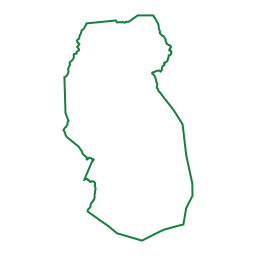 the district of Guata, Olancho, Honduras
{"feature_id": "27666195B45988200529008", "entity_name": "Guata", "entity_type": "district", "adm_level": 2, "iso_a3": "HND", "parent_name": "Honduras", "parent_adm1": "Olancho", "projection": "natural_earth1", "projection_center": [-86.397, 15.161], "detail": "fine", "context": "isolated", "style": "outline", "palette": "green", "viewbox_px": 256, "rotation_deg": 0, "n_neighbors": 0, "source": "geoboundaries", "source_scale": "gbopen_adm2", "svg_char_len": 5342}
<svg xmlns="http://www.w3.org/2000/svg" viewBox="0 0 256 256"><path d="M64.4,77.2L65.5,113.0L68.5,121.0L68.1,121.3L67.8,121.7L67.8,121.9L67.6,122.5L67.5,123.5L67.5,124.0L67.3,124.7L66.9,125.2L66.6,125.8L66.3,126.3L66.0,126.9L65.8,127.2L65.2,127.6L64.8,127.9L63.5,130.1L63.7,130.3L63.9,130.6L64.2,131.2L64.5,131.8L65.1,133.1L65.4,134.5L65.7,135.2L66.1,135.9L66.5,136.5L67.1,137.3L78.1,146.2L79.3,147.5L80.6,149.7L80.9,150.0L81.3,150.6L81.6,151.0L81.8,151.2L82.3,152.4L82.6,153.7L83.0,154.3L83.3,154.6L84.7,155.5L85.0,155.9L86.1,156.8L86.3,157.1L86.7,157.4L87.0,157.8L87.1,158.0L86.9,158.5L86.7,158.8L86.6,159.1L86.6,159.3L86.8,159.5L87.0,159.5L87.5,159.3L88.0,158.8L88.6,158.4L89.1,157.7L89.3,157.6L89.5,157.6L90.2,158.0L90.9,158.1L91.9,159.0L92.2,159.1L92.4,159.2L92.8,159.2L93.4,159.1L93.5,159.2L93.6,159.4L93.6,159.7L93.5,159.9L93.3,160.3L93.1,160.7L92.7,161.0L92.2,161.1L84.3,179.8L84.6,179.8L84.7,179.7L85.1,179.5L85.4,179.2L85.8,179.0L87.0,179.1L87.4,179.0L87.8,179.9L88.1,180.0L88.5,180.0L88.8,180.1L88.9,180.3L89.0,180.6L89.2,181.0L90.0,181.4L90.1,181.5L90.2,181.8L90.4,181.9L90.5,182.0L90.8,181.9L91.3,181.4L92.2,181.2L92.5,181.4L92.9,181.5L93.1,181.5L93.4,181.5L93.6,181.5L94.0,181.7L94.8,182.5L95.0,182.9L95.1,183.5L95.1,184.1L94.9,184.8L95.0,185.2L95.0,185.6L94.9,185.9L94.8,186.1L94.8,186.4L95.0,186.9L95.5,188.0L95.5,188.4L95.5,188.9L95.5,189.5L95.2,190.4L95.1,190.8L95.1,191.4L95.2,192.2L95.2,192.5L95.1,192.9L95.0,193.3L94.7,193.5L94.6,194.9L94.5,195.4L94.5,195.8L94.5,196.1L94.7,197.1L94.7,197.5L94.1,198.9L94.1,199.3L94.0,199.8L93.6,200.0L93.2,200.4L93.1,200.5L93.0,201.0L92.8,201.5L92.6,201.7L92.1,202.0L91.9,202.2L90.9,203.9L90.7,204.8L90.5,205.2L90.4,205.5L90.4,205.8L90.4,206.3L90.4,206.7L90.3,207.1L90.2,207.3L90.1,207.5L89.6,207.9L88.9,208.8L88.7,209.0L88.2,209.3L87.9,209.7L87.8,210.0L87.7,210.7L87.6,211.3L87.7,211.6L108.6,226.3L117.0,233.3L142.0,240.6L156.3,233.3L163.8,229.7L183.4,224.4L186.2,208.1L192.5,195.7L192.3,183.5L186.2,155.1L182.6,124.3L173.7,110.2L160.7,93.5L160.6,93.1L160.5,92.9L160.3,92.7L159.8,92.4L159.1,91.6L158.9,91.5L158.7,91.3L158.5,91.1L158.4,90.9L158.3,90.5L158.3,90.0L157.8,88.8L157.6,88.5L157.3,88.3L157.0,88.0L156.9,87.8L156.8,87.3L156.8,86.9L156.8,86.5L157.1,85.4L157.2,85.0L157.3,84.3L157.3,83.8L156.9,82.9L156.5,82.2L156.3,81.8L156.2,81.3L156.0,80.1L155.9,79.6L155.7,78.8L155.4,78.1L154.9,76.5L154.6,76.1L154.4,75.6L154.1,75.2L152.9,74.1L152.7,73.9L152.3,73.8L152.3,73.7L152.2,73.5L152.2,73.3L152.3,73.0L152.3,72.5L152.4,72.4L153.6,72.2L154.5,71.9L155.4,71.5L156.0,71.1L156.5,70.9L158.3,70.7L158.9,70.6L159.4,70.6L159.6,70.7L159.8,70.8L160.0,71.0L160.3,71.4L160.5,71.6L160.9,71.4L161.3,70.9L161.9,69.6L161.9,69.2L161.9,68.2L161.9,67.8L162.1,67.4L162.5,66.8L162.6,66.6L162.7,66.0L162.9,65.8L164.1,65.3L164.3,65.2L164.4,64.7L164.4,64.2L164.1,63.0L164.1,62.8L164.2,62.7L164.4,62.7L164.8,62.6L165.3,62.7L165.6,62.6L165.8,62.3L166.3,62.0L166.7,61.7L167.1,61.2L167.5,60.7L167.7,60.4L167.8,60.1L167.8,59.8L167.7,59.2L167.9,58.6L168.3,57.9L168.5,57.4L168.5,56.9L168.6,56.4L168.7,55.4L168.8,55.4L169.5,55.3L169.8,55.3L170.1,55.1L170.6,54.7L170.8,54.4L171.0,53.8L171.4,53.0L171.4,52.7L171.3,52.4L171.3,51.4L171.0,51.3L170.7,51.0L170.6,50.8L170.6,50.6L170.4,50.4L169.9,50.5L169.5,50.6L169.4,50.5L169.4,50.4L169.3,50.1L169.3,49.6L169.4,49.3L169.6,49.1L170.2,48.6L170.3,48.3L170.3,47.9L170.4,47.5L170.5,47.4L170.8,47.3L171.0,47.1L171.0,46.8L170.2,45.5L169.9,45.4L169.1,45.2L168.5,45.0L168.1,44.7L167.8,44.3L167.4,44.1L167.0,43.9L166.8,43.8L166.7,43.6L166.3,42.2L166.0,41.7L165.8,41.5L165.7,41.4L165.6,41.0L165.7,39.9L165.6,39.6L165.5,39.3L164.8,38.3L164.0,36.6L163.9,36.5L163.6,36.3L163.1,36.2L162.8,36.1L162.3,35.8L161.9,35.3L161.5,34.8L161.2,34.6L160.8,34.3L160.1,33.3L159.7,32.9L160.0,32.0L160.0,31.6L159.6,30.4L159.3,29.8L158.8,28.3L158.7,27.6L158.7,26.2L158.4,24.9L158.0,23.5L157.7,23.0L157.3,22.4L156.7,21.5L156.5,20.9L155.6,19.2L155.3,18.6L155.1,18.3L154.7,17.5L154.6,17.4L153.9,17.0L153.8,16.9L153.6,16.0L153.5,15.7L153.4,15.5L153.1,15.4L137.7,15.4L128.7,21.8L127.5,21.7L127.0,21.7L126.6,21.8L125.8,22.0L125.4,22.1L124.9,22.5L124.7,22.7L124.4,22.7L124.1,22.6L123.0,22.0L122.6,22.0L122.4,22.0L121.5,22.4L121.1,22.4L120.6,22.3L120.3,22.1L119.8,22.1L119.1,22.3L118.1,22.4L117.2,22.4L116.8,22.2L116.5,22.0L116.4,21.7L116.1,20.8L115.9,20.6L115.6,20.6L115.4,20.5L86.5,23.4L86.4,23.9L86.2,24.4L85.9,25.1L85.2,26.0L84.6,27.3L84.3,27.9L84.1,28.3L83.7,28.8L83.0,29.5L82.5,29.9L82.0,30.1L81.7,30.5L81.5,31.0L80.6,34.0L80.3,34.6L79.9,34.9L79.8,35.1L79.6,36.2L79.4,37.0L79.2,37.8L78.9,38.7L78.7,39.0L77.5,39.6L77.2,40.1L77.0,40.7L76.9,40.8L77.0,41.0L77.3,41.4L77.6,42.6L78.3,43.2L78.7,43.3L78.9,43.5L79.1,43.8L79.3,44.1L79.3,44.5L79.1,44.8L78.7,45.3L77.4,46.5L77.2,46.7L77.1,46.9L77.1,47.0L77.3,47.3L78.1,48.1L78.8,49.0L79.1,49.6L79.1,49.9L79.0,50.2L78.9,50.4L78.7,50.6L77.5,51.3L76.9,51.7L76.7,52.0L76.6,52.5L76.6,53.3L76.4,53.6L75.8,53.8L75.0,53.9L74.1,54.0L73.9,54.1L73.7,54.5L73.7,55.0L73.7,55.6L73.8,56.5L73.8,57.2L73.7,57.8L73.4,58.6L73.1,59.0L72.4,59.9L71.4,61.1L70.8,61.5L70.6,61.7L70.3,61.7L70.1,61.9L69.9,62.2L69.7,62.7L69.6,63.1L69.6,63.5L69.9,64.2L70.0,64.5L70.0,64.8L69.4,66.0L69.2,66.2L69.0,66.5L68.6,67.9L68.2,68.6L68.1,68.8L68.1,69.4L68.4,70.2L68.5,71.2L68.4,72.1L68.1,73.3L67.8,73.8L66.8,75.5L66.3,76.1L65.8,76.5L64.8,77.1L64.4,77.2Z" fill="none" stroke="#15803d" stroke-width="2"/></svg>